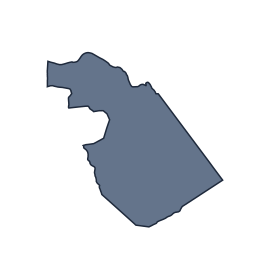 Vanard, Anse-la-Raye, Saint Lucia, rotated 330°
{"feature_id": "8701671B51566327672106", "entity_name": "Vanard", "entity_type": "district", "adm_level": 2, "iso_a3": "LCA", "parent_name": "Saint Lucia", "parent_adm1": "Anse-la-Raye", "projection": "mercator", "projection_center": [-60.995, 13.938], "detail": "fine", "context": "isolated", "style": "filled", "palette": "slate", "viewbox_px": 256, "rotation_deg": 330, "n_neighbors": 0, "source": "geoboundaries", "source_scale": "gbopen_adm2", "svg_char_len": 3989}
<svg xmlns="http://www.w3.org/2000/svg" viewBox="0 0 256 256"><g transform="rotate(330 128 128)"><path d="M86.8,81.1L95.4,84.9L102.3,88.0L102.9,88.3L103.0,88.4L103.4,88.6L104.1,89.0L104.3,89.1L104.4,89.4L104.6,89.9L104.6,90.2L104.7,90.8L104.7,91.1L104.7,91.3L104.6,91.7L104.5,91.9L104.6,92.1L104.7,92.5L104.8,92.8L105.0,93.1L105.1,93.4L105.4,94.0L105.5,94.2L105.9,95.0L106.1,95.3L106.1,95.6L106.5,96.7L107.5,97.0L109.3,97.7L111.7,98.6L112.5,99.1L115.2,100.6L116.2,103.4L116.7,104.6L116.9,105.3L116.2,111.7L114.1,113.5L112.6,114.8L109.5,117.5L101.8,124.7L90.5,124.4L85.5,122.4L83.5,121.5L83.3,121.4L81.6,121.0L80.5,120.7L80.4,120.7L80.5,121.1L80.6,121.4L80.5,121.7L80.2,122.2L80.0,122.5L79.9,122.9L79.8,123.2L79.8,123.3L79.9,123.5L80.1,124.0L80.2,124.3L80.6,125.3L80.8,125.7L81.0,127.0L81.0,127.4L81.1,127.9L81.0,128.7L80.8,129.5L80.3,130.8L80.1,131.3L79.9,131.6L79.5,132.1L79.1,132.9L78.3,133.8L77.8,134.4L77.5,134.9L77.3,135.3L77.5,136.4L78.0,137.5L77.9,137.7L77.9,138.1L77.8,138.8L77.4,139.8L77.4,140.2L77.5,141.0L77.5,141.4L77.6,141.6L77.9,142.3L78.8,143.8L79.2,144.5L79.5,144.9L79.5,145.5L79.5,146.0L79.4,146.2L79.0,147.0L78.3,147.8L77.1,149.3L76.6,150.0L76.0,152.1L75.8,152.4L75.5,153.2L75.5,153.9L75.3,155.1L74.9,156.2L74.8,156.7L74.5,157.3L73.8,158.5L73.8,160.3L74.2,161.8L74.5,162.5L74.5,162.8L74.7,163.5L74.5,163.8L73.7,164.6L73.3,165.8L73.2,166.8L73.2,167.3L73.0,168.0L72.8,169.0L72.6,170.4L72.5,170.7L72.3,171.8L72.1,172.4L72.2,172.7L72.2,172.9L77.7,189.6L85.8,214.5L86.1,215.7L86.3,216.1L96.7,224.1L99.4,224.3L102.1,224.4L104.7,224.7L105.8,224.3L106.5,223.9L109.0,224.1L110.9,224.4L113.0,224.7L115.4,224.9L117.4,224.7L118.9,224.8L120.6,225.2L120.9,225.2L120.9,225.6L121.0,225.3L121.1,225.2L122.9,225.0L123.8,224.7L124.8,224.6L125.6,224.5L126.8,224.7L129.7,225.8L130.9,225.8L131.2,225.8L132.0,225.4L132.7,224.8L134.2,223.9L135.7,223.1L183.9,220.5L183.8,219.5L183.8,219.3L183.7,218.9L182.0,204.4L181.1,196.2L181.0,195.7L181.0,195.4L176.1,154.2L171.5,115.3L171.3,113.5L170.8,113.2L170.3,112.9L170.1,112.8L170.0,112.7L169.3,112.2L169.4,111.6L169.6,110.5L169.5,109.7L169.5,108.7L169.2,107.4L168.9,106.8L168.7,106.0L168.6,105.7L168.6,105.2L168.7,104.7L168.8,104.1L168.8,103.6L168.9,102.0L168.9,101.1L168.5,99.3L168.5,99.0L168.0,98.3L167.1,98.0L166.6,98.0L166.4,98.0L165.7,98.3L165.3,99.3L165.1,100.0L164.7,100.2L164.4,99.7L163.8,98.9L163.7,98.8L163.6,98.7L163.0,98.0L162.9,97.7L162.3,97.4L161.9,97.2L160.8,96.9L159.6,96.9L158.5,97.1L157.6,97.1L157.2,97.1L156.1,96.5L154.5,95.7L153.5,95.2L152.8,94.8L152.6,94.6L152.1,94.1L151.9,93.3L151.8,92.7L151.8,91.0L152.0,89.6L152.1,88.7L152.2,88.0L152.3,86.9L152.6,85.9L152.8,85.1L153.1,84.4L153.3,83.7L153.4,83.1L153.6,82.4L153.6,82.0L153.5,81.4L153.3,81.1L153.7,79.8L153.7,79.5L153.3,77.5L153.0,77.1L152.9,77.0L152.7,76.9L152.4,76.8L152.2,75.5L152.2,75.0L152.2,74.8L152.1,74.1L151.6,72.5L151.4,72.1L151.2,71.6L151.0,71.4L150.1,70.6L149.8,70.3L149.3,69.9L148.2,69.7L147.2,69.2L146.0,68.0L145.6,67.6L144.3,65.6L143.7,64.6L143.6,64.4L143.5,63.0L143.3,61.8L142.3,59.6L141.6,58.1L140.5,56.0L138.4,52.8L135.4,47.6L134.1,45.4L132.8,44.1L131.1,42.7L129.3,42.0L128.2,41.8L126.6,41.7L125.1,41.9L123.2,42.6L121.2,43.6L119.4,44.4L117.6,45.0L116.1,44.8L114.8,44.4L113.1,43.6L112.6,42.8L110.3,42.0L108.1,41.4L105.4,40.8L102.2,39.9L100.4,38.9L98.2,36.8L96.8,35.1L93.9,32.3L92.0,30.2L86.8,38.0L86.6,38.2L86.5,38.5L86.2,39.0L85.9,39.5L85.6,40.2L85.4,40.6L85.1,41.0L84.9,41.3L84.6,41.9L84.1,42.9L84.0,43.1L83.8,43.3L83.8,43.5L83.2,44.6L82.7,45.5L82.4,45.9L82.1,46.3L79.5,50.8L78.8,51.9L82.1,52.7L84.1,53.8L84.5,54.3L85.0,54.9L85.5,55.3L85.9,55.7L86.5,56.2L87.6,57.3L89.2,58.5L91.4,60.0L92.0,60.5L96.1,64.0L96.7,64.6L97.2,65.2L97.2,65.6L97.3,66.5L97.2,67.1L97.2,67.6L96.8,68.1L96.9,68.5L96.7,69.1L96.4,70.1L95.7,70.4L95.5,70.5L94.4,71.0L92.9,71.5L92.4,71.6L92.0,71.7L91.8,71.9L91.4,72.3L90.5,74.0L89.6,75.9L89.3,76.6L88.8,77.5L88.4,78.4L88.0,78.7L87.4,79.5L87.0,80.1L86.8,80.4L86.7,81.0L86.8,81.1Z" fill="#64748b" stroke="#1e293b" stroke-width="1.5"/></g></svg>